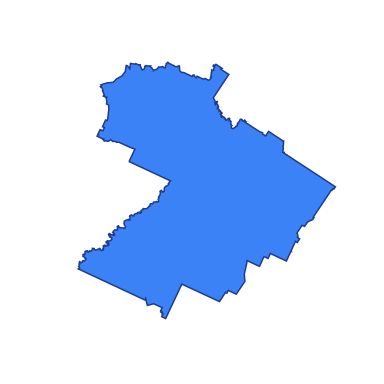 the district of Greater Bendigo, Victoria, Australia, rotated 205°
{"feature_id": "25037944B4073485904680", "entity_name": "Greater Bendigo", "entity_type": "district", "adm_level": 2, "iso_a3": "AUS", "parent_name": "Australia", "parent_adm1": "Victoria", "projection": "robinson", "projection_center": [144.51, -36.723], "detail": "fine", "context": "isolated", "style": "filled", "palette": "blue", "viewbox_px": 384, "rotation_deg": 205, "n_neighbors": 0, "source": "geoboundaries", "source_scale": "gbopen_adm2", "svg_char_len": 6074}
<svg xmlns="http://www.w3.org/2000/svg" viewBox="0 0 384 384"><g transform="rotate(205 192 192)"><path d="M162.4,66.2L162.3,104.2L120.8,104.3L119.2,115.1L117.6,115.1L117.6,118.1L108.7,118.1L106.3,133.4L109.9,139.7L112.2,150.3L113.1,153.1L99.4,153.1L99.5,163.9L95.0,163.9L95.0,169.4L77.3,169.3L77.3,180.3L77.0,180.3L77.3,180.6L77.4,191.0L75.3,190.7L74.6,195.0L77.2,195.4L77.1,196.4L79.5,199.6L78.2,208.3L75.4,208.4L74.5,213.9L71.0,217.9L70.6,220.3L71.5,220.4L66.5,252.6L65.9,252.6L65.6,254.7L64.7,254.6L64.2,257.3L125.0,266.1L125.1,266.9L126.7,266.4L127.4,269.6L128.7,271.9L129.3,274.0L130.5,276.9L131.2,276.6L131.3,276.8L148.2,279.3L149.0,273.9L152.5,274.4L152.9,275.4L153.9,275.5L156.0,275.2L173.5,277.7L173.0,278.6L173.6,278.5L174.2,279.4L174.8,279.3L175.0,278.7L175.7,277.7L176.8,277.9L177.2,278.7L178.5,278.7L178.9,278.4L179.0,277.7L179.0,275.6L179.6,274.3L179.2,273.4L179.7,272.9L179.0,271.2L180.0,270.2L180.0,269.1L180.4,268.9L181.3,267.1L182.1,266.6L183.4,266.8L184.2,268.2L183.9,269.2L184.9,269.5L185.7,270.2L185.7,270.7L186.4,271.3L186.4,272.4L187.7,272.8L188.3,272.3L188.9,274.5L189.5,274.6L190.1,274.1L190.0,273.5L190.8,272.7L190.8,272.1L191.5,271.3L192.8,271.9L192.7,272.4L193.3,272.8L193.8,273.1L194.6,272.8L195.0,273.4L195.8,273.3L196.5,273.5L197.0,272.3L197.3,272.5L197.6,273.8L198.0,273.7L198.4,274.3L199.2,274.4L199.2,274.7L198.2,275.4L198.1,276.0L198.3,276.4L199.9,276.7L200.2,277.2L200.8,277.5L201.5,276.5L202.3,278.3L204.0,278.2L203.9,278.5L204.4,278.9L203.9,279.8L204.6,280.2L204.4,280.7L204.9,280.8L205.2,281.7L207.1,282.5L207.0,283.4L207.3,284.7L207.9,284.3L208.8,283.0L207.5,281.4L207.5,281.0L207.9,281.0L208.7,282.1L209.9,284.6L212.5,286.3L208.3,314.1L218.0,315.5L217.0,316.8L222.8,317.6L223.1,317.8L224.3,317.8L224.7,316.5L225.9,316.4L226.2,315.5L226.1,315.0L225.8,314.8L224.4,315.0L224.5,312.9L223.8,311.5L224.7,311.0L225.7,311.1L225.8,310.8L225.0,310.1L225.1,308.6L224.6,308.1L224.2,305.8L223.0,304.5L223.7,303.8L223.6,303.4L222.9,302.9L223.3,301.9L223.3,301.2L224.6,300.2L227.9,300.5L228.5,300.2L229.2,299.0L236.3,299.1L236.4,297.4L238.1,297.7L239.5,299.0L240.5,298.4L240.6,296.8L250.1,296.8L251.4,296.1L253.3,296.2L254.9,297.3L255.3,298.6L255.9,298.9L256.0,300.0L257.0,301.0L259.0,299.0L260.7,298.5L261.7,298.9L262.6,298.9L263.0,298.5L264.5,298.9L267.2,298.9L268.7,299.4L269.6,297.4L269.3,297.0L269.2,296.0L269.4,295.3L268.7,293.3L269.7,292.8L271.0,293.2L271.9,293.2L272.6,292.3L275.2,291.1L275.2,289.9L275.9,288.4L277.1,287.2L278.0,285.9L278.1,286.4L279.2,286.4L280.7,287.4L283.0,287.9L282.8,288.7L286.9,286.9L287.1,287.1L287.9,286.1L287.6,285.2L287.3,283.3L288.8,281.5L291.9,284.2L292.7,285.5L294.2,284.6L297.2,284.6L297.2,284.0L302.1,282.5L300.5,277.4L303.9,279.2L305.1,278.8L303.3,272.7L303.6,272.2L304.5,267.7L308.3,262.4L309.3,259.3L310.1,257.9L314.7,255.3L319.8,250.7L318.9,250.4L319.6,248.7L318.6,248.4L318.3,248.7L317.6,248.4L315.5,246.2L315.8,245.9L312.6,243.0L312.9,242.9L312.9,241.4L309.9,241.5L309.5,241.9L309.2,241.7L309.8,241.0L309.0,240.4L307.0,237.0L306.7,235.6L304.4,235.6L302.8,232.9L299.3,222.8L299.2,220.7L300.8,220.7L300.7,213.3L298.6,213.5L298.6,209.8L301.6,209.8L301.7,205.1L300.9,204.4L301.7,203.8L301.6,202.4L295.6,202.4L294.4,202.6L294.6,201.9L294.2,201.9L293.1,201.1L291.8,202.0L290.1,202.2L289.4,202.7L288.5,203.5L287.9,205.0L285.0,204.3L284.1,205.0L283.0,205.3L281.3,205.2L279.5,206.2L265.9,206.3L261.9,206.8L261.9,193.1L262.2,193.0L216.2,193.0L216.8,191.8L216.5,190.7L216.8,190.5L217.0,189.4L216.4,188.8L216.7,187.8L218.2,186.1L218.8,184.3L218.3,182.5L217.5,181.0L218.3,179.7L218.7,179.5L220.3,180.0L220.2,180.5L220.6,180.5L221.3,179.0L220.4,178.1L219.8,175.8L220.2,173.2L219.4,172.5L219.6,171.7L219.5,170.8L218.4,169.8L218.5,168.5L220.2,168.3L221.0,167.4L222.2,166.9L222.7,166.2L222.4,165.7L222.7,164.7L224.7,163.7L224.7,162.6L224.1,161.8L224.7,161.3L225.7,158.4L226.2,157.8L228.0,156.6L229.2,156.4L229.3,155.9L229.0,155.3L230.3,154.0L230.2,153.1L229.3,152.5L229.4,151.7L229.7,151.2L230.2,151.0L230.7,151.5L231.2,151.6L231.4,151.0L232.3,150.7L232.6,150.2L232.3,149.8L232.6,149.2L233.7,148.7L235.0,147.3L234.5,146.0L235.7,145.1L236.8,145.7L237.3,145.6L238.3,144.3L238.3,143.5L237.4,142.7L236.9,141.2L236.4,140.5L237.0,139.9L238.2,140.3L238.6,139.5L239.2,139.3L239.3,138.9L240.0,138.4L241.0,136.7L240.5,136.0L240.5,135.1L240.3,134.7L239.5,133.7L237.5,132.3L237.6,130.6L238.3,130.2L238.7,130.5L242.1,129.3L243.4,129.4L244.3,130.3L244.8,129.8L245.2,129.0L245.0,128.7L244.1,128.5L244.3,127.6L243.5,126.4L244.9,125.3L246.0,125.0L246.8,123.1L246.5,122.7L246.6,121.8L245.8,122.1L245.5,121.2L244.5,121.1L244.1,120.3L244.1,119.8L245.7,119.7L247.3,119.1L247.7,118.6L248.2,119.2L248.9,119.5L249.6,119.2L249.7,118.2L248.2,117.1L248.0,116.6L247.0,116.4L246.4,116.8L246.0,116.4L245.5,116.7L244.7,115.2L245.0,113.9L245.5,113.6L245.7,113.0L247.0,112.2L247.7,112.3L248.8,110.7L248.1,109.6L247.6,109.9L246.6,109.8L246.6,110.6L246.2,110.7L245.4,109.6L246.0,108.8L245.4,108.9L245.0,108.7L245.5,107.7L247.1,106.8L247.2,106.4L247.7,106.3L248.1,107.0L248.8,106.8L249.0,106.2L249.6,106.0L249.4,105.3L248.9,105.1L249.0,104.6L248.6,104.1L248.9,103.3L248.2,103.2L248.2,102.5L247.9,102.0L248.5,101.7L248.9,101.0L249.5,100.8L250.0,101.1L250.6,100.7L251.4,101.8L252.0,101.8L252.2,101.2L252.7,100.9L253.7,99.3L254.9,98.7L255.5,98.7L255.9,98.4L256.5,98.7L256.7,99.4L258.5,98.8L258.1,98.2L258.2,97.4L258.0,96.2L258.7,95.9L259.1,95.3L259.8,95.5L260.5,93.7L261.1,93.6L261.8,94.5L262.5,94.2L262.3,93.6L263.3,93.5L263.7,93.0L263.7,92.3L263.2,91.8L263.1,91.0L262.7,90.6L263.2,90.1L263.2,89.5L263.9,89.7L264.3,89.3L263.8,87.8L263.4,87.4L262.6,87.7L261.6,87.2L261.1,87.3L260.5,86.5L260.0,86.9L259.7,86.8L260.0,84.9L260.4,84.0L261.5,83.9L262.0,83.3L262.1,82.5L261.8,82.2L261.9,81.8L263.1,80.7L264.3,81.5L264.5,81.2L263.9,78.9L263.1,78.5L263.3,78.0L262.7,76.5L262.9,76.4L261.7,75.7L262.6,74.2L189.0,74.2L189.0,75.9L184.5,70.3L179.6,74.5L170.2,74.6L170.2,71.3L169.9,71.3L169.9,70.1L169.3,69.9L168.1,70.5L167.8,69.5L167.0,69.6L167.0,69.2L167.6,68.9L167.6,68.7L166.8,68.5L166.8,66.2L162.4,66.2Z" fill="#3b82f6" stroke="#1e3a8a" stroke-width="1.5"/></g></svg>